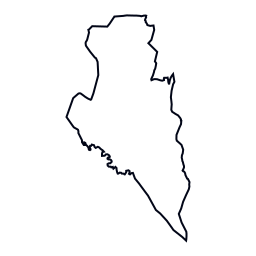 Borgu, Niger, Nigeria
{"feature_id": "59680162B99837769325291", "entity_name": "Borgu", "entity_type": "district", "adm_level": 2, "iso_a3": "NGA", "parent_name": "Nigeria", "parent_adm1": "Niger", "projection": "natural_earth1", "projection_center": [4.162, 10.194], "detail": "fine", "context": "isolated", "style": "outline", "palette": "ink", "viewbox_px": 256, "rotation_deg": 0, "n_neighbors": 0, "source": "geoboundaries", "source_scale": "gbopen_adm2", "svg_char_len": 3589}
<svg xmlns="http://www.w3.org/2000/svg" viewBox="0 0 256 256"><path d="M91.5,145.3L91.8,144.6L94.0,145.2L94.6,146.9L95.7,147.9L97.8,146.8L98.3,147.0L99.3,147.5L100.3,148.6L101.4,149.5L102.4,150.1L103.2,150.9L103.9,151.7L102.4,152.1L102.0,153.7L102.0,155.9L104.7,155.7L105.8,154.5L106.0,154.3L107.5,154.3L109.2,155.4L109.8,156.5L109.6,157.2L108.3,157.4L107.7,157.9L107.5,158.3L107.5,158.8L108.3,159.4L109.2,159.4L110.4,159.6L111.1,160.1L111.7,161.2L111.5,162.1L110.6,162.8L110.4,163.2L108.5,163.4L107.5,164.1L107.7,165.6L108.9,166.7L109.8,166.7L110.8,166.7L111.3,167.4L112.8,166.9L113.1,168.0L113.4,168.7L114.5,167.8L115.4,166.9L116.5,168.0L116.6,169.8L117.1,172.1L117.5,173.1L117.7,173.6L118.3,173.6L119.7,172.6L121.2,172.8L121.8,173.6L123.3,173.6L124.2,174.0L124.5,174.4L124.8,174.4L126.2,172.2L126.2,170.8L128.5,170.3L129.6,171.2L129.4,173.1L129.0,173.8L130.0,174.4L131.5,173.1L131.8,173.1L132.9,172.9L135.0,178.6L139.2,183.7L139.6,184.3L145.2,191.9L146.2,193.2L146.4,193.5L148.0,195.6L155.9,210.0L160.2,213.5L166.7,220.6L166.8,220.7L172.1,228.1L173.4,230.0L182.4,237.1L186.1,240.6L186.3,239.4L186.5,236.4L186.5,233.5L186.3,231.7L181.6,222.5L178.8,213.9L181.2,208.5L183.1,201.8L186.1,195.0L188.8,189.3L189.4,186.6L189.2,184.4L189.5,182.1L187.9,178.9L187.4,178.8L187.2,178.7L185.5,175.2L185.1,173.3L185.1,173.2L184.3,171.8L183.8,171.4L183.1,171.2L182.6,170.6L183.5,168.7L184.0,167.4L184.0,166.1L183.8,165.5L183.4,164.3L182.9,162.1L182.4,161.1L182.1,159.2L181.7,157.6L181.9,156.0L181.9,155.4L182.7,153.4L183.2,149.7L181.5,144.9L180.2,143.7L179.7,143.2L178.5,142.2L177.0,140.8L176.8,140.7L176.7,140.2L176.4,139.2L176.4,138.8L176.5,134.9L179.3,127.9L179.5,127.4L181.0,124.2L181.3,121.0L181.0,121.0L180.9,120.8L181.0,119.5L180.2,118.0L178.1,115.4L175.4,113.9L174.4,113.2L172.2,111.8L171.3,109.8L171.4,108.2L171.7,104.4L171.4,101.4L170.9,97.3L170.9,97.0L171.6,90.7L173.1,84.3L174.4,81.8L173.1,74.1L172.1,75.4L170.7,77.7L169.8,80.4L169.2,83.6L168.8,83.6L168.3,82.0L168.2,80.7L168.1,79.4L167.8,78.7L167.6,77.6L166.6,77.8L165.1,77.8L164.1,77.8L163.9,78.2L164.0,80.1L162.2,80.7L160.3,80.3L157.0,79.2L154.2,79.1L151.5,80.2L151.2,79.2L151.7,78.0L152.9,75.5L154.0,72.0L154.3,70.3L155.2,68.7L155.8,65.9L156.2,63.5L156.1,63.4L156.1,63.0L154.9,61.4L157.2,51.9L148.4,43.2L151.4,39.9L154.2,29.9L153.5,25.5L151.7,25.7L150.2,25.9L147.4,25.1L147.1,24.2L146.5,23.1L145.7,22.1L145.8,21.2L145.0,20.2L145.2,19.2L145.6,18.5L145.8,17.8L146.1,17.3L146.0,17.0L146.0,16.6L146.0,16.3L146.1,16.0L146.2,15.7L145.5,15.5L145.2,15.5L144.9,15.6L144.6,15.6L144.3,15.6L144.2,15.6L143.8,15.7L143.6,15.7L143.4,15.7L143.2,15.8L142.8,15.9L142.5,16.0L142.3,16.0L142.0,16.0L141.8,16.1L141.6,16.2L141.3,16.3L140.1,15.9L136.5,15.6L134.6,15.6L130.5,15.5L126.8,15.4L124.4,15.7L123.4,15.9L123.1,15.9L115.1,16.5L114.9,16.5L114.7,16.6L114.5,16.8L114.3,16.7L109.7,23.6L107.3,26.6L92.2,26.2L88.8,29.7L88.4,29.8L89.0,32.6L87.2,39.6L86.7,40.7L86.0,41.7L85.7,42.4L85.6,43.3L85.9,45.6L86.6,46.7L90.2,51.8L94.9,57.6L96.0,58.2L97.6,61.9L97.9,67.1L97.9,67.5L98.3,75.1L93.4,93.4L91.2,99.4L90.7,99.8L88.2,98.7L87.2,98.1L85.0,96.7L83.6,95.6L81.0,93.7L80.4,93.4L79.7,93.3L79.0,93.4L78.4,93.6L73.3,98.0L73.0,98.6L66.5,117.0L72.4,125.4L73.8,127.3L75.3,128.2L76.4,128.8L77.5,129.4L78.0,129.8L78.4,131.2L78.4,133.1L81.3,138.9L81.7,139.6L82.0,140.5L82.0,142.2L83.8,145.0L84.5,145.0L84.5,144.1L84.2,143.5L84.3,142.4L85.3,142.9L85.6,143.8L86.1,145.0L87.0,145.7L87.5,146.3L88.0,147.0L88.6,147.9L88.6,148.8L89.0,149.8L90.0,150.1L90.5,149.7L90.5,149.1L90.1,148.1L89.6,147.2L90.1,145.8L91.2,145.8L91.5,145.3Z" fill="none" stroke="#020617" stroke-width="2"/></svg>